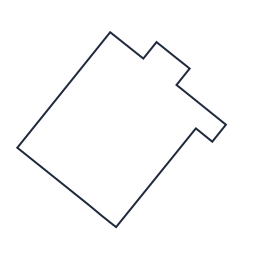 the district of Van Wert, Ohio, United States of America, rotated 309°
{"feature_id": "52423323B68690141030407", "entity_name": "Van Wert", "entity_type": "district", "adm_level": 2, "iso_a3": "USA", "parent_name": "United States of America", "parent_adm1": "Ohio", "projection": "mercator", "projection_center": [-84.608, 40.838], "detail": "fine", "context": "isolated", "style": "outline", "palette": "slate", "viewbox_px": 256, "rotation_deg": 309, "n_neighbors": 0, "source": "geoboundaries", "source_scale": "gbopen_adm2", "svg_char_len": 355}
<svg xmlns="http://www.w3.org/2000/svg" viewBox="0 0 256 256"><g transform="rotate(309 128 128)"><path d="M43.0,54.4L43.0,54.5L43.2,86.9L43.5,146.0L43.3,163.0L43.4,174.3L43.5,181.1L170.4,181.0L170.4,202.1L192.2,202.0L192.0,138.6L213.0,138.5L212.8,117.7L212.7,96.1L191.6,96.2L191.2,53.9L43.0,54.4Z" fill="none" stroke="#1e293b" stroke-width="2"/></g></svg>